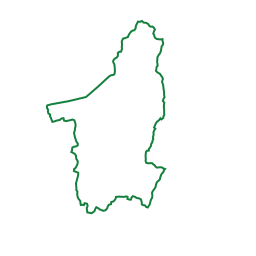 Santo Antônio de Pádua, Rio de Janeiro, Brazil, rotated 317°
{"feature_id": "56859067B31690951334962", "entity_name": "Santo Antônio de Pádua", "entity_type": "district", "adm_level": 2, "iso_a3": "BRA", "parent_name": "Brazil", "parent_adm1": "Rio de Janeiro", "projection": "albers", "projection_center": [-42.192, -21.571], "detail": "fine", "context": "isolated", "style": "outline", "palette": "green", "viewbox_px": 256, "rotation_deg": 317, "n_neighbors": 0, "source": "geoboundaries", "source_scale": "gbopen_adm2", "svg_char_len": 3412}
<svg xmlns="http://www.w3.org/2000/svg" viewBox="0 0 256 256"><g transform="rotate(317 128 128)"><path d="M52.2,133.0L50.4,135.3L48.9,137.2L47.9,138.1L47.7,139.9L46.6,141.0L45.5,142.0L44.1,144.2L43.5,146.1L43.3,148.9L42.0,150.5L41.0,152.1L42.3,153.0L43.1,154.3L45.0,153.4L46.4,155.5L45.3,157.5L43.3,158.4L42.1,159.9L40.7,162.0L43.4,165.6L45.2,165.7L46.6,166.0L48.6,165.0L50.8,164.3L51.6,166.6L51.8,168.5L52.7,169.8L53.3,171.6L55.4,172.8L57.8,172.6L59.7,171.6L61.6,171.1L63.7,172.1L65.2,170.7L67.4,171.8L69.2,171.6L70.8,171.2L72.2,170.2L73.4,171.1L74.9,172.3L76.3,173.9L78.3,175.8L80.0,176.7L80.7,178.1L79.2,179.5L80.1,181.2L81.3,182.4L83.4,181.2L85.1,181.2L86.1,183.0L86.6,185.1L88.0,186.9L88.8,188.8L87.5,191.6L86.0,193.3L86.6,195.0L87.7,196.2L87.4,197.9L88.2,199.6L89.9,199.2L91.7,198.7L93.9,197.3L95.2,196.5L96.6,195.8L97.9,195.6L99.1,194.6L100.3,193.4L101.0,192.1L102.8,191.1L104.8,190.7L106.4,190.4L108.0,189.9L109.5,188.8L110.9,187.9L112.7,187.3L114.7,187.4L116.3,187.3L118.0,186.1L120.0,185.0L121.9,184.4L124.1,184.3L125.5,183.3L127.1,183.2L126.3,181.6L125.9,179.9L124.9,178.8L123.6,177.7L122.2,176.8L121.8,175.2L122.1,173.5L121.7,171.9L121.6,170.1L120.6,169.1L119.1,168.0L117.6,166.0L118.4,164.1L120.0,162.7L121.8,160.4L123.4,159.0L124.6,157.9L126.2,157.5L127.8,158.7L129.0,157.5L130.7,157.3L132.7,156.7L134.2,155.4L135.9,155.1L137.4,153.9L138.9,153.4L139.8,151.9L142.1,150.4L143.6,148.6L145.4,147.6L147.5,147.2L147.4,145.4L148.9,144.8L151.3,143.7L153.3,143.2L155.0,143.4L157.0,143.4L158.3,143.0L158.3,144.5L160.6,144.7L162.0,143.6L163.6,143.1L164.6,141.7L166.0,140.3L167.2,138.9L168.3,137.4L169.7,135.9L171.8,134.2L172.0,131.9L173.9,130.9L175.8,130.3L177.1,128.3L178.6,126.7L179.8,125.0L181.0,123.1L182.5,121.3L183.5,119.5L184.3,117.6L185.4,116.7L186.9,116.0L187.7,114.3L187.9,112.3L188.3,110.2L187.8,108.6L187.4,107.1L187.4,105.3L189.1,104.1L190.6,102.8L192.1,102.7L193.0,101.6L194.3,99.6L196.2,97.8L197.9,96.3L200.0,95.6L203.0,95.0L204.8,93.9L206.4,92.7L208.2,91.3L210.3,90.9L211.6,90.0L212.3,88.4L213.8,86.5L212.5,85.7L211.2,84.3L209.9,82.7L209.3,80.9L209.7,79.2L210.5,77.9L210.8,76.3L212.6,75.2L214.9,74.3L215.3,72.0L215.1,70.5L213.6,69.3L213.3,67.8L213.7,65.9L213.0,63.5L211.3,61.5L211.2,59.2L209.1,58.5L207.9,57.0L206.3,57.6L204.5,58.2L202.8,59.1L201.3,60.5L199.1,60.8L197.9,59.9L195.8,59.6L193.6,60.0L191.3,60.7L190.0,61.4L188.6,60.8L186.9,60.2L185.5,59.2L184.2,59.7L182.6,60.3L181.4,61.8L180.2,63.3L178.7,64.5L177.6,66.0L176.1,66.8L175.0,67.5L173.7,66.3L171.7,66.2L170.7,67.5L169.4,68.5L167.5,68.8L165.8,68.2L164.4,68.3L162.7,68.9L161.9,70.4L161.4,72.1L160.4,73.6L159.3,75.0L157.3,77.4L155.7,78.8L154.4,79.4L153.0,78.9L151.4,77.8L149.5,77.4L133.6,77.3L121.0,76.8L118.4,76.7L104.5,68.8L102.1,67.4L88.0,58.3L84.3,56.4L83.1,57.3L82.2,58.5L82.1,60.1L80.8,61.2L79.7,63.0L80.2,65.1L79.0,66.0L78.6,67.8L77.8,69.6L76.9,71.9L78.8,73.1L80.1,73.5L81.7,74.4L83.6,75.6L85.9,75.7L87.5,76.8L86.3,79.0L87.4,80.8L89.2,81.8L93.2,84.0L94.0,85.7L93.3,87.4L92.5,89.0L91.3,90.6L89.1,92.0L87.3,93.6L85.1,94.8L84.1,96.6L83.1,98.2L82.1,100.3L80.9,103.0L80.7,105.0L79.5,106.4L77.8,106.2L75.8,104.9L74.0,104.3L72.8,105.3L71.7,106.3L70.2,106.9L71.4,110.4L71.2,112.5L69.9,114.2L69.1,115.5L68.9,117.0L68.3,118.4L66.7,119.8L65.0,120.5L62.8,121.4L60.5,121.3L59.1,122.6L60.1,124.6L61.1,126.7L60.0,128.0L58.9,128.8L57.6,129.7L56.3,130.4L55.0,131.3L53.9,132.0L52.2,133.0Z" fill="none" stroke="#15803d" stroke-width="2"/></g></svg>